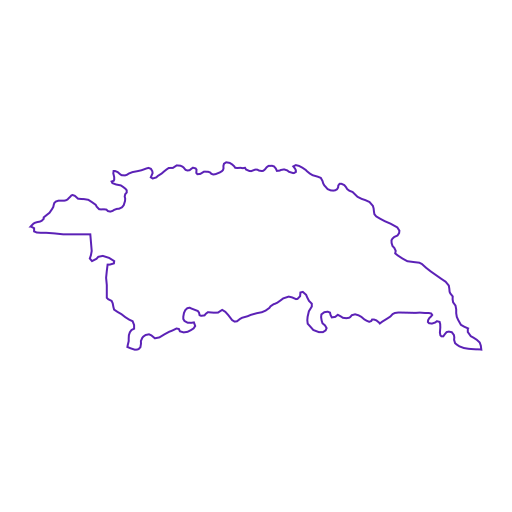 the district of Mazyr, Gomel, Belarus
{"feature_id": "67162791B88851399193905", "entity_name": "Mazyr", "entity_type": "district", "adm_level": 2, "iso_a3": "BLR", "parent_name": "Belarus", "parent_adm1": "Gomel", "projection": "robinson", "projection_center": [29.026, 51.973], "detail": "fine", "context": "isolated", "style": "outline", "palette": "violet", "viewbox_px": 512, "rotation_deg": 0, "n_neighbors": 0, "source": "geoboundaries", "source_scale": "gbopen_adm2", "svg_char_len": 5605}
<svg xmlns="http://www.w3.org/2000/svg" viewBox="0 0 512 512"><path d="M127.4,347.0L130.6,348.3L134.8,349.7L136.9,349.6L138.6,349.1L140.4,347.2L141.0,343.6L140.9,341.0L142.3,337.8L143.3,336.6L145.6,335.0L149.0,334.3L151.4,335.4L154.9,338.3L159.4,337.4L164.5,334.3L169.3,331.7L171.5,330.9L173.7,329.9L176.5,328.5L178.9,329.0L179.9,331.3L183.7,332.4L187.6,331.8L190.8,330.2L193.6,328.4L195.2,326.0L193.9,322.4L191.5,322.8L187.6,322.7L184.5,321.0L183.3,319.0L183.3,316.6L184.0,312.9L185.3,310.1L187.3,308.2L189.7,307.7L191.3,308.5L194.2,309.6L197.8,311.0L199.0,312.6L199.6,315.2L201.1,315.8L204.5,315.4L205.8,313.8L207.9,312.2L213.9,312.7L218.0,312.6L220.4,311.0L222.2,309.9L225.3,311.8L228.2,315.0L230.2,317.6L232.1,320.1L234.6,321.6L237.0,321.3L239.9,319.0L242.0,317.8L247.7,316.2L250.7,314.9L256.8,313.2L261.9,312.2L265.6,310.6L269.4,307.9L270.5,306.3L273.6,304.2L274.9,303.8L277.3,302.7L280.7,300.3L283.2,298.4L288.7,296.6L292.1,297.4L296.0,299.1L297.5,298.9L300.1,296.2L300.4,292.5L302.8,291.9L306.1,294.8L307.2,297.4L309.0,300.9L311.8,303.7L311.8,306.5L310.2,309.1L308.9,311.2L307.6,316.8L307.3,320.2L307.7,323.7L310.5,326.8L313.3,330.0L318.8,332.1L323.0,332.1L325.6,330.4L326.6,328.1L325.0,325.4L322.5,323.3L321.6,320.4L321.1,317.1L321.4,314.4L324.3,312.2L327.7,311.7L330.0,312.6L330.5,314.9L331.8,317.4L335.2,316.9L337.8,314.8L340.6,316.3L342.9,317.8L346.3,318.2L349.0,317.8L350.2,317.1L351.8,315.2L355.1,314.3L358.5,315.3L361.4,316.9L364.2,319.3L366.6,320.7L369.2,321.8L371.3,321.0L372.1,319.5L373.9,319.5L376.4,320.4L379.1,322.6L379.8,323.5L382.3,321.6L385.4,319.7L387.8,318.2L390.4,316.5L392.6,314.1L394.8,313.0L398.5,312.5L403.2,312.6L407.9,312.7L415.4,312.9L419.8,312.6L425.0,313.0L428.8,313.0L431.2,313.5L432.2,315.0L431.0,316.5L429.3,318.1L428.1,320.2L427.9,322.0L429.0,323.2L431.9,323.6L435.2,322.5L436.9,321.2L439.6,321.9L440.2,324.1L440.3,327.5L439.9,332.6L440.4,335.3L441.4,336.3L443.3,336.3L444.9,334.1L446.6,332.1L448.8,331.6L451.8,332.2L453.9,335.0L454.3,337.3L454.1,339.9L455.1,343.2L456.8,344.6L459.3,346.3L463.8,348.0L468.6,348.8L472.4,349.1L475.5,349.3L479.8,349.4L481.3,349.6L480.8,345.6L479.7,342.5L476.8,339.8L473.4,337.6L470.8,336.2L467.8,332.0L467.8,328.7L468.0,328.4L464.2,326.7L460.9,324.8L458.2,320.0L456.8,316.9L456.2,313.2L456.2,309.4L455.5,305.6L453.1,302.3L452.6,299.3L452.7,296.4L450.3,293.4L449.6,291.8L449.3,288.6L448.8,285.6L445.7,281.8L441.1,278.7L435.4,274.7L430.7,271.4L426.1,267.8L421.9,264.0L419.3,262.7L414.1,262.1L407.3,261.2L402.4,258.5L397.7,255.4L395.2,253.4L395.7,250.9L394.3,247.9L392.5,246.0L391.6,243.0L391.5,240.3L392.4,238.7L394.2,237.0L397.5,235.5L399.1,233.1L399.4,230.7L397.3,227.4L390.6,223.7L384.8,221.2L380.1,218.7L376.2,216.4L374.4,214.2L374.0,211.9L373.6,208.4L372.9,205.9L369.5,202.0L365.3,200.1L361.7,198.9L357.5,196.8L352.6,192.0L349.3,190.7L347.2,189.1L345.9,187.0L344.3,185.1L341.5,183.8L339.6,183.8L338.3,185.5L338.1,187.5L337.0,189.3L335.2,190.3L333.4,190.6L330.7,190.4L327.6,189.1L325.6,186.8L324.3,185.4L323.2,183.4L322.5,181.0L320.8,177.9L317.8,176.7L312.6,175.2L309.9,173.6L306.8,171.1L305.8,170.0L302.4,167.7L299.0,165.9L295.8,165.1L293.3,166.4L295.0,168.6L295.8,170.2L295.9,171.9L294.1,173.0L293.2,173.1L289.0,171.8L287.2,170.4L284.1,169.4L280.8,170.0L279.7,170.6L276.9,170.9L275.8,168.5L274.0,166.4L272.1,165.8L268.5,165.9L266.6,167.3L265.3,169.0L264.3,170.0L263.0,170.9L261.7,171.0L259.1,170.6L258.0,170.0L257.1,169.6L255.2,169.6L252.8,170.5L251.3,171.1L249.4,171.0L246.0,169.5L245.0,167.8L242.9,168.2L240.4,167.8L237.3,168.0L235.2,167.8L234.2,166.3L232.1,164.4L229.7,162.9L226.2,162.3L224.0,163.7L223.4,165.9L223.5,168.4L223.0,170.0L222.0,171.1L219.9,172.4L217.9,173.2L215.7,174.1L213.3,174.5L211.3,173.8L210.3,172.6L208.3,171.8L206.0,171.7L203.9,171.7L201.8,173.0L200.3,173.9L197.4,174.2L196.3,172.9L196.5,169.6L195.6,168.4L192.9,167.7L191.2,168.9L189.6,170.2L187.5,170.5L185.6,169.9L184.8,169.0L183.6,167.5L182.4,166.6L180.4,165.7L176.7,165.4L172.9,167.9L168.7,168.0L166.5,169.5L164.1,171.4L161.7,173.5L157.9,175.9L156.3,177.4L152.7,178.5L150.8,177.3L151.6,175.5L152.6,173.1L152.3,171.2L150.9,168.8L148.5,167.9L146.3,168.5L143.6,169.5L141.3,170.3L137.7,171.1L132.5,172.1L128.9,173.5L126.9,174.8L125.0,175.4L121.6,175.2L120.2,174.3L117.7,172.1L115.0,171.0L113.6,171.0L113.3,173.4L113.8,175.4L114.2,177.1L114.2,179.6L113.7,180.8L111.6,181.5L112.4,183.1L116.1,184.5L120.8,185.4L123.2,187.0L125.5,188.8L126.7,190.3L126.7,192.5L125.2,194.2L124.7,196.5L125.2,198.7L125.0,201.1L124.3,203.3L123.7,205.2L122.0,207.3L119.1,208.7L116.8,208.9L114.1,209.9L112.6,210.9L110.3,211.6L107.9,211.1L106.4,209.6L104.0,209.3L100.9,209.4L99.1,209.2L96.7,206.7L95.7,204.8L91.9,202.1L88.3,199.8L84.0,199.1L81.3,199.0L78.0,198.7L76.5,197.3L74.8,195.8L72.5,195.0L71.3,195.5L70.2,196.8L68.7,198.2L67.5,199.5L65.9,200.3L64.2,200.7L60.9,200.7L58.4,200.7L55.9,201.5L54.3,203.0L53.7,205.0L53.3,206.9L52.1,209.0L50.8,210.9L49.5,212.8L47.3,214.5L43.7,217.4L43.7,218.8L41.7,220.8L39.9,221.6L37.2,222.1L34.9,222.8L33.5,223.6L31.4,225.7L30.7,226.5L30.8,226.5L34.1,228.2L34.1,231.4L36.7,232.5L40.7,232.8L46.3,232.8L54.4,233.4L62.9,234.3L71.4,234.3L77.7,234.3L83.6,234.3L90.3,234.3L91.7,251.0L90.9,255.3L89.8,258.5L92.0,261.1L96.5,258.8L98.3,256.8L102.8,255.9L109.1,257.9L114.2,261.1L113.9,263.4L109.8,264.6L107.6,264.6L106.8,270.9L106.1,277.8L106.8,285.1L106.8,293.7L106.8,297.8L108.2,299.2L111.6,300.9L112.7,303.3L113.4,307.0L114.1,309.6L117.5,311.9L121.5,314.2L125.2,317.1L129.3,319.7L132.6,321.2L134.1,325.0L134.1,328.7L131.5,330.0L129.9,332.2L128.9,335.1L128.7,338.5L128.7,341.1L127.7,345.3L127.4,347.0Z" fill="none" stroke="#5b21b6" stroke-width="2"/></svg>